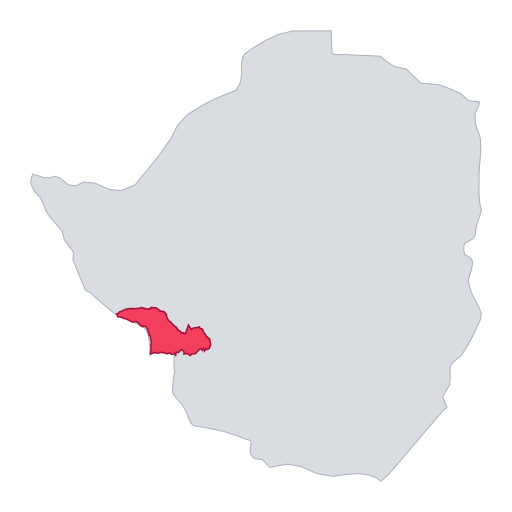 Bulilima, Matabeleland South, Zimbabwe (highlighted)
{"feature_id": "62879985B39326733261715", "entity_name": "Bulilima", "entity_type": "district", "adm_level": 2, "iso_a3": "ZWE", "parent_name": "Zimbabwe", "parent_adm1": "Matabeleland South", "projection": "robinson", "projection_center": [27.403, -20.155], "detail": "fine", "context": "in_parent", "style": "filled", "palette": "rose", "viewbox_px": 512, "rotation_deg": 0, "n_neighbors": 0, "source": "geoboundaries", "source_scale": "gbopen_adm2", "svg_char_len": 7566}
<svg xmlns="http://www.w3.org/2000/svg" viewBox="0 0 512 512"><path d="M380.6,481.2L375.5,477.3L368.3,474.9L359.3,473.7L347.5,474.2L333.0,476.3L317.5,473.8L301.0,466.6L287.2,464.1L270.8,467.2L270.0,467.3L267.2,464.9L262.7,459.7L255.2,458.7L253.2,457.5L251.5,455.6L250.4,453.1L250.0,450.4L251.2,441.8L250.6,440.8L248.6,439.8L244.5,438.8L234.6,434.9L222.2,431.1L202.0,427.0L194.1,425.9L192.3,424.7L190.0,421.5L186.2,411.7L182.5,405.2L173.8,395.1L172.5,392.0L172.9,384.1L173.5,377.6L174.5,372.2L174.1,367.1L173.9,360.7L174.2,356.5L173.0,354.6L169.9,353.3L160.9,352.8L150.0,353.0L149.7,346.6L148.6,336.6L146.6,330.8L144.1,327.8L139.1,324.7L129.0,320.5L115.2,314.0L103.4,304.4L89.9,292.4L85.7,290.4L80.7,279.1L73.0,259.9L73.5,253.5L72.3,250.4L64.9,241.0L63.3,236.1L62.0,231.1L50.2,217.3L46.2,211.3L43.1,203.5L40.1,197.3L37.5,194.8L34.1,190.6L31.8,185.8L30.7,182.2L31.6,177.4L32.7,174.1L43.9,177.6L50.0,177.8L54.8,176.2L60.7,178.4L67.8,184.7L75.5,185.9L83.8,182.0L95.1,183.2L109.2,189.4L121.0,190.6L134.9,185.1L147.4,169.8L159.1,155.4L170.7,138.7L177.6,125.3L187.8,114.3L201.3,105.9L215.0,98.8L236.0,90.1L240.2,82.9L241.6,75.0L241.6,64.1L242.7,57.0L244.9,53.8L248.4,51.3L252.9,48.0L266.8,39.7L278.4,34.4L292.5,31.0L308.0,30.9L322.8,30.9L331.3,30.8L331.4,41.4L332.0,53.2L333.6,54.3L344.8,54.6L362.8,55.4L380.1,56.2L391.1,64.8L394.8,66.6L406.2,68.9L420.8,83.2L438.5,84.5L450.6,89.0L461.2,93.9L467.3,99.8L471.3,101.1L476.7,101.5L479.3,102.1L478.7,106.3L475.0,113.5L475.4,123.8L480.3,138.0L480.8,150.4L479.1,172.2L479.0,193.4L479.5,201.0L480.3,206.0L481.3,208.7L481.1,211.8L478.1,220.7L475.6,230.0L475.5,233.8L474.6,236.4L472.8,238.8L465.1,243.1L463.8,245.7L463.8,250.6L464.7,254.6L467.6,256.1L471.0,258.4L472.4,261.5L472.4,264.7L471.2,270.6L468.1,280.4L471.1,291.7L474.5,299.0L479.1,307.5L481.1,312.7L480.9,316.5L480.2,320.1L473.0,335.6L467.7,345.2L461.4,355.5L453.1,362.0L450.9,365.1L450.0,368.6L450.3,376.3L449.8,384.4L442.6,396.8L447.0,407.5L445.9,408.5L443.6,410.1L433.3,422.1L422.9,434.2L415.3,443.1L406.7,453.3L397.1,464.6L388.8,474.3L380.6,481.2Z" fill="#d9dde1" stroke="#a8b0b8" stroke-width="1"/><path d="M199.4,326.9L196.9,327.6L193.5,328.0L191.2,329.3L191.0,329.1L188.4,325.0L187.0,329.2L186.9,329.4L186.8,329.7L186.4,331.0L186.1,331.8L185.6,333.4L185.2,333.7L184.8,333.5L184.7,333.4L184.4,333.4L184.2,333.6L183.9,333.5L183.8,333.1L183.6,332.9L183.4,333.1L183.1,333.0L182.8,333.0L182.6,332.8L182.4,332.7L182.2,332.5L181.9,332.7L181.8,332.8L181.4,332.7L181.1,332.8L181.0,332.6L180.8,332.5L180.7,332.4L180.6,332.0L180.5,331.6L180.4,331.4L180.3,331.2L179.8,331.0L179.6,330.9L179.4,330.9L179.2,330.9L178.9,330.7L178.7,330.6L178.3,329.9L178.1,329.8L177.9,330.0L177.7,330.1L177.6,329.9L177.6,329.7L177.6,329.4L177.3,329.1L177.3,328.8L177.3,328.7L177.2,328.6L176.9,328.4L176.9,328.2L176.7,327.8L176.6,327.7L176.4,327.5L176.2,327.6L175.9,327.3L175.8,327.0L175.8,326.9L175.3,326.6L174.8,326.1L174.4,325.9L174.2,325.9L174.0,325.5L173.6,325.2L173.3,324.5L172.9,324.3L172.4,324.2L172.0,323.9L171.9,323.7L171.7,323.5L171.5,323.3L171.3,322.5L171.0,322.1L170.9,322.0L170.4,321.9L169.8,321.3L169.0,321.0L168.8,320.8L168.6,320.5L168.2,319.8L167.9,319.8L167.7,319.1L167.4,318.5L167.1,318.1L167.0,317.9L167.0,317.2L166.9,317.0L166.5,316.2L166.4,315.6L166.4,314.9L166.5,314.7L166.4,314.2L166.2,313.9L165.7,313.8L165.5,313.7L165.1,313.2L165.0,312.7L164.9,312.5L164.4,312.1L164.2,311.8L163.9,311.5L163.7,311.4L163.4,311.4L163.1,311.5L162.9,311.5L162.7,311.4L162.1,311.4L161.3,311.2L160.9,311.0L160.4,310.8L160.0,310.8L159.7,310.9L159.2,310.1L158.7,309.9L158.5,309.5L158.3,309.3L157.9,309.1L157.4,308.9L157.3,308.6L157.0,308.4L156.8,308.4L156.6,308.2L156.4,308.1L156.2,307.8L156.1,307.7L155.6,307.8L155.2,308.1L154.8,308.0L154.4,307.6L154.2,307.6L153.8,307.8L153.4,307.8L152.7,307.7L152.4,307.5L151.8,307.4L151.5,307.3L151.1,307.4L151.0,307.5L150.8,307.9L150.5,308.1L150.1,308.3L149.7,308.6L149.4,308.8L149.3,309.2L149.3,309.3L149.1,309.3L148.7,309.2L148.3,309.2L147.8,309.0L147.2,308.7L146.5,308.6L146.0,308.6L145.6,308.8L145.0,308.9L144.8,308.7L144.6,308.7L144.4,308.6L144.3,308.2L144.0,308.0L143.7,308.0L143.3,308.2L143.0,308.1L142.7,308.0L142.2,307.7L141.7,307.5L141.4,307.5L141.0,307.6L140.5,307.9L140.2,308.1L139.6,308.1L139.3,308.1L138.4,308.3L138.1,308.3L137.5,308.7L137.4,308.7L137.2,308.7L136.6,308.4L136.3,308.5L136.0,308.5L135.5,308.5L135.2,308.5L134.7,308.6L133.9,308.8L133.6,309.0L133.2,308.9L132.8,308.8L132.7,308.7L132.4,308.3L132.0,308.4L131.8,308.3L131.1,308.5L130.7,308.7L130.2,308.6L129.4,308.5L128.9,308.7L128.6,308.7L128.3,308.7L128.1,308.8L127.8,308.8L127.1,309.1L126.8,309.1L126.6,309.1L126.4,309.1L125.8,309.1L125.5,309.3L125.3,309.5L124.9,309.7L124.6,309.9L123.1,310.3L122.6,310.6L122.2,310.9L121.6,311.1L121.2,311.5L119.7,311.7L119.6,311.8L119.3,311.9L118.4,313.3L116.6,313.8L116.6,314.0L117.0,314.8L117.4,315.9L117.6,316.4L117.9,316.9L118.0,317.0L118.3,317.0L118.5,316.8L119.1,316.8L119.5,316.8L119.9,316.9L120.3,317.1L120.7,317.1L120.8,317.2L121.1,317.3L121.4,317.3L121.6,317.3L122.0,317.5L122.3,317.6L122.7,317.7L122.8,318.0L123.3,318.0L123.6,318.4L123.8,318.6L124.2,318.5L124.5,318.4L125.2,318.4L126.4,319.1L126.8,319.3L127.8,319.7L128.2,319.7L128.4,319.8L128.8,320.2L128.9,320.3L130.7,321.2L130.9,321.3L131.2,321.4L131.4,321.6L132.1,321.9L132.5,321.9L132.6,322.0L132.9,322.0L133.1,322.0L133.5,321.8L133.7,321.7L134.4,321.7L134.7,321.6L135.0,321.6L135.3,321.6L135.6,321.6L136.1,321.6L136.5,321.7L137.1,322.1L137.9,322.7L138.4,323.0L138.8,323.4L139.3,324.5L139.5,324.7L140.0,325.1L140.3,325.5L140.9,325.8L141.3,326.0L142.0,326.4L142.3,326.5L142.7,326.5L143.2,326.3L143.5,326.3L143.9,326.4L144.2,326.3L145.0,326.3L145.3,326.4L145.8,326.7L146.1,327.0L146.4,327.5L146.7,328.2L147.0,328.7L147.4,328.9L147.4,329.0L147.5,329.3L147.7,329.7L148.0,330.6L148.2,331.9L148.3,332.1L148.4,332.3L148.5,332.5L148.8,333.2L149.1,334.1L149.1,334.3L149.2,334.5L149.2,335.2L149.3,335.4L149.6,335.7L149.7,335.8L149.9,335.8L150.0,335.8L150.2,336.4L150.3,336.5L150.3,336.8L150.5,337.7L150.5,338.2L150.7,338.5L150.7,338.8L150.6,339.1L150.6,339.5L150.8,340.1L150.9,340.4L151.1,340.7L151.2,340.9L151.1,341.3L151.4,342.3L151.4,342.8L151.3,343.3L151.2,343.6L151.1,343.9L151.2,344.2L151.0,344.7L150.9,344.9L150.9,345.5L151.0,347.1L151.1,349.4L150.5,352.0L150.5,352.6L150.4,352.9L150.3,353.1L150.5,353.6L150.6,353.9L150.5,354.2L154.8,352.2L155.6,352.9L158.9,353.1L161.1,352.2L162.7,352.6L165.8,353.3L167.2,353.9L168.7,353.0L169.8,352.9L171.2,354.3L172.8,353.9L173.3,353.4L174.0,353.7L175.4,355.0L175.6,355.3L175.7,355.2L175.8,355.2L176.0,352.1L176.8,352.2L178.6,352.5L179.3,351.5L179.5,351.2L179.9,351.0L181.6,349.7L181.9,349.3L182.9,350.5L183.7,351.6L183.9,351.7L184.1,352.9L183.8,354.0L187.4,353.6L190.2,355.6L191.1,354.5L191.6,354.1L194.6,353.8L195.6,353.4L195.8,353.3L197.5,351.4L200.2,348.5L202.4,350.4L203.4,348.7L204.2,350.0L204.4,351.1L205.1,350.1L205.8,348.9L206.1,349.1L207.5,349.6L208.7,348.7L209.4,348.2L209.8,346.9L210.7,344.7L209.7,339.3L209.3,339.9L209.2,339.6L209.1,339.2L208.9,339.0L208.5,338.2L208.4,338.0L208.2,337.9L207.9,337.8L207.5,337.6L207.4,337.5L207.4,337.1L207.2,336.9L206.6,336.5L206.2,336.3L206.1,336.2L206.0,335.4L205.5,335.0L205.3,334.7L205.2,334.2L205.1,333.9L204.7,333.8L204.5,333.7L204.4,333.6L204.4,333.3L204.0,332.9L203.6,332.1L203.6,331.9L203.2,331.1L203.1,330.8L202.9,330.6L202.6,330.5L202.6,330.4L202.7,329.8L202.7,329.4L202.5,329.1L202.3,329.0L202.0,329.0L201.7,328.9L201.4,328.8L201.2,328.7L201.0,328.8L200.9,328.8L200.7,328.5L200.4,328.5L200.2,328.6L199.7,327.8L199.5,326.9L199.4,326.9Z" fill="#f43f5e" stroke="#9f1239" stroke-width="1.5"/></svg>